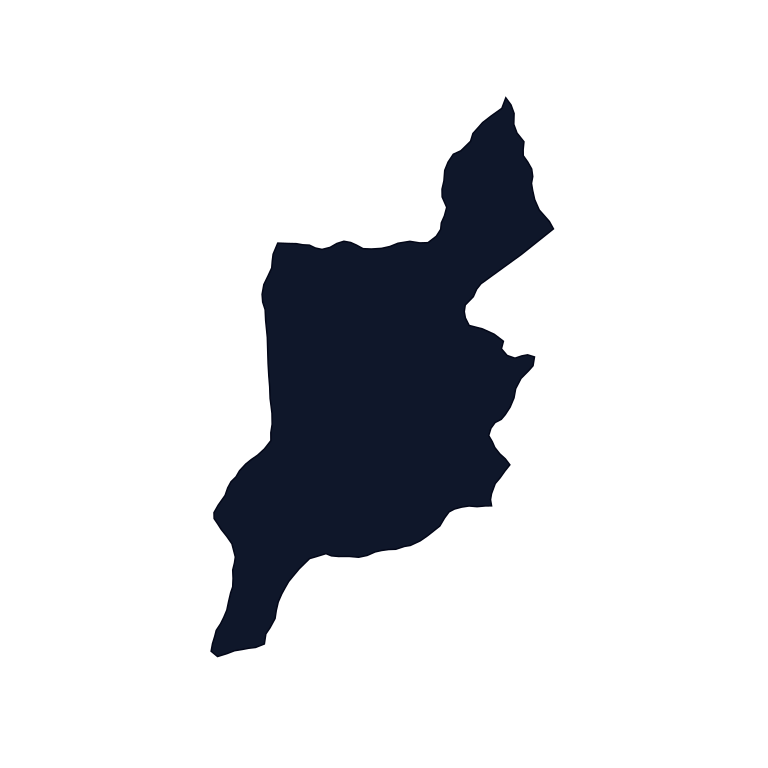 the district of Mirassol, São Paulo, Brazil, rotated 197°
{"feature_id": "56859067B42503050812047", "entity_name": "Mirassol", "entity_type": "district", "adm_level": 2, "iso_a3": "BRA", "parent_name": "Brazil", "parent_adm1": "São Paulo", "projection": "orthographic", "projection_center": [-49.504, -20.829], "detail": "fine", "context": "isolated", "style": "filled", "palette": "ink", "viewbox_px": 768, "rotation_deg": 197, "n_neighbors": 0, "source": "geoboundaries", "source_scale": "gbopen_adm2", "svg_char_len": 2453}
<svg xmlns="http://www.w3.org/2000/svg" viewBox="0 0 768 768"><g transform="rotate(197 384 384)"><path d="M516.6,490.4L526.8,487.7L528.0,475.7L526.8,468.9L525.3,462.2L526.5,453.5L528.0,444.0L526.8,434.1L524.0,426.9L519.4,420.3L515.7,410.0L512.6,402.6L509.2,394.4L500.9,369.9L496.5,358.0L492.5,347.9L488.7,336.9L485.4,329.6L482.6,323.3L479.2,312.8L478.0,304.4L475.6,296.8L479.4,286.9L484.1,278.9L488.8,273.0L492.8,267.1L496.8,258.8L498.4,251.9L501.7,245.9L503.1,239.0L503.4,231.0L507.1,219.8L509.0,211.3L507.1,205.6L502.1,201.6L497.2,197.4L489.8,192.3L482.7,186.7L478.9,180.5L475.6,175.1L474.7,169.1L474.3,161.9L471.5,153.9L469.4,145.8L469.6,139.5L469.0,130.5L468.2,121.8L469.0,114.0L470.2,106.8L472.4,99.4L472.1,93.1L472.1,85.5L471.2,77.9L463.5,74.7L455.4,80.2L449.0,85.2L442.1,88.6L436.0,91.8L429.8,94.5L422.4,100.4L423.9,110.4L421.7,117.6L419.6,127.9L420.8,135.9L421.4,144.6L420.4,153.4L418.9,160.6L417.4,167.2L415.0,173.1L411.1,182.4L407.8,188.5L404.1,195.3L398.6,198.9L389.9,204.8L384.0,204.3L376.9,205.8L367.0,208.9L357.6,210.9L350.0,215.1L343.4,220.8L337.6,224.1L331.1,227.1L324.4,229.4L316.9,234.7L311.6,237.3L303.5,244.6L298.0,251.6L293.7,257.8L289.1,264.5L286.9,273.6L284.4,280.7L280.1,285.0L273.7,289.0L267.0,292.2L259.1,293.9L251.0,297.2L245.5,298.9L248.3,304.5L249.1,310.5L248.5,321.3L245.5,328.3L243.0,335.9L240.0,343.5L246.1,347.9L252.9,351.1L259.5,355.7L263.5,360.4L268.8,365.3L268.8,372.9L266.5,379.6L261.5,384.5L259.1,390.1L256.6,398.8L255.6,408.7L256.7,418.0L254.6,429.4L249.5,439.1L246.8,445.0L248.0,453.9L255.2,453.9L260.4,451.2L266.3,447.0L274.6,447.3L282.0,452.0L282.3,459.8L293.1,463.8L305.9,465.5L319.7,464.9L325.5,471.0L328.4,476.7L329.4,483.3L324.1,493.6L323.1,501.8L320.6,508.2L290.4,548.2L267.3,581.9L273.4,587.8L280.5,592.2L286.4,595.8L293.8,604.4L298.5,612.7L301.6,619.0L302.4,625.9L305.6,632.8L311.5,638.4L317.6,643.1L319.4,648.7L321.0,656.6L330.2,662.9L335.8,670.3L338.7,680.8L344.1,688.0L351.2,693.3L351.9,682.1L359.8,671.8L366.1,662.9L368.9,656.7L372.2,649.6L372.2,641.4L375.4,635.5L378.7,629.5L384.9,624.0L387.6,615.0L388.4,606.1L386.1,595.8L385.5,587.3L383.1,579.9L375.7,571.3L375.4,562.4L376.3,554.8L375.0,548.5L377.2,540.6L383.3,532.0L391.0,529.4L401.0,528.0L411.8,522.7L418.6,517.2L426.0,513.0L435.6,509.4L443.6,507.3L451.0,508.8L457.2,509.6L464.1,508.8L470.2,504.6L475.5,498.9L482.6,494.6L489.4,494.0L495.9,495.0L502.3,493.4L508.8,492.6L516.6,490.4Z" fill="#0f172a" stroke="#020617" stroke-width="1.5"/></g></svg>